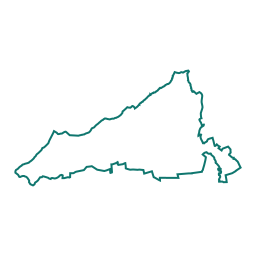 the district of Subcetate, Harghita, Romania
{"feature_id": "2599482B74327350474583", "entity_name": "Subcetate", "entity_type": "district", "adm_level": 2, "iso_a3": "ROU", "parent_name": "Romania", "parent_adm1": "Harghita", "projection": "orthographic", "projection_center": [25.394, 46.866], "detail": "fine", "context": "isolated", "style": "outline", "palette": "teal", "viewbox_px": 256, "rotation_deg": 0, "n_neighbors": 0, "source": "geoboundaries", "source_scale": "gbopen_adm2", "svg_char_len": 5775}
<svg xmlns="http://www.w3.org/2000/svg" viewBox="0 0 256 256"><path d="M219.1,181.7L222.2,181.6L222.5,181.6L223.5,182.2L226.7,182.1L226.4,179.7L225.6,175.2L232.2,173.2L235.7,171.1L235.8,170.8L240.6,167.6L239.6,165.6L238.1,162.4L237.6,161.5L236.3,160.4L235.4,159.3L233.5,158.9L233.7,157.8L233.2,157.8L232.0,157.4L229.0,154.8L229.2,154.2L230.4,153.0L230.7,152.2L230.6,151.8L230.5,151.6L230.5,149.4L228.1,146.6L222.8,148.6L222.3,149.1L221.6,150.5L218.5,148.2L219.7,146.6L218.0,145.6L216.8,144.4L216.1,145.3L215.6,145.7L215.0,146.0L214.7,145.9L214.3,144.5L213.3,140.3L213.0,139.5L212.6,137.8L210.0,138.5L208.1,139.2L207.2,140.5L207.0,141.3L206.5,141.7L205.3,142.3L204.2,143.2L204.0,142.8L203.6,142.7L202.9,143.0L202.4,141.7L201.1,139.2L200.6,137.7L200.6,137.1L200.6,136.1L200.8,135.3L201.1,134.8L200.8,134.5L198.4,135.8L198.4,135.2L199.1,132.7L199.4,130.6L200.2,128.5L201.1,127.3L203.5,125.7L203.6,125.3L203.9,124.8L203.8,124.6L202.2,125.4L202.1,125.2L201.8,125.2L201.5,124.1L201.0,122.7L200.3,121.6L199.6,120.4L199.4,119.5L199.7,119.1L200.3,118.8L201.1,118.1L201.4,118.1L201.0,116.6L200.8,113.9L200.8,113.2L201.0,112.5L202.2,108.7L202.5,107.4L202.4,106.1L201.7,102.7L201.6,101.9L201.7,100.0L202.2,96.6L202.2,95.8L202.2,95.3L201.9,94.5L201.3,93.5L200.2,92.6L199.4,92.1L196.4,93.8L193.7,91.3L193.3,91.7L193.0,91.9L192.4,91.8L192.2,91.6L192.2,91.1L191.5,90.2L191.6,89.2L191.0,88.2L191.2,87.8L190.5,85.5L190.4,85.3L190.6,85.0L190.5,84.5L190.0,83.4L188.8,82.3L188.6,81.9L188.3,80.6L188.0,80.4L188.1,80.1L188.1,79.5L187.9,77.9L187.9,77.4L187.5,75.9L187.5,75.1L187.3,73.4L188.2,72.6L188.9,71.4L188.3,70.6L185.6,71.1L183.0,72.6L181.8,72.2L181.1,72.2L179.6,73.0L178.7,73.1L176.6,72.7L174.7,72.1L173.8,74.1L173.2,75.2L172.7,75.8L172.9,76.6L172.6,77.0L172.6,77.3L172.2,78.0L172.3,78.5L172.0,78.7L172.0,79.0L171.9,79.2L171.6,80.2L171.3,80.6L171.0,80.8L170.6,81.8L169.3,83.3L168.2,84.0L167.3,84.0L166.7,84.5L165.4,85.0L165.2,85.2L165.0,85.6L164.2,86.3L163.5,86.4L163.3,86.7L162.3,87.2L161.4,87.9L160.9,88.0L160.3,87.8L160.1,87.8L159.6,88.2L159.6,88.5L159.4,88.8L159.1,88.9L158.5,89.4L158.3,89.7L158.0,90.0L157.8,90.4L156.0,91.6L155.9,91.6L155.7,91.9L155.5,92.0L155.4,92.2L155.1,92.4L154.1,92.5L153.6,92.9L153.4,92.7L153.1,93.0L152.8,93.0L151.1,94.0L150.8,94.5L150.4,94.7L150.4,95.0L150.1,95.0L150.0,94.8L149.9,95.2L149.4,95.3L149.3,95.5L149.1,95.6L149.0,95.8L147.8,96.6L147.5,97.1L146.6,98.1L145.7,98.8L144.8,99.8L144.3,100.0L143.9,100.4L143.4,100.7L142.7,101.8L142.0,101.9L141.7,102.2L141.2,102.5L141.0,102.9L140.6,103.0L140.1,103.3L139.4,104.1L139.4,104.6L139.2,104.5L137.6,106.4L136.4,107.4L134.9,108.4L134.8,107.9L133.8,106.7L132.7,106.0L132.3,106.1L131.8,106.4L131.4,106.9L130.4,107.7L128.1,107.5L127.3,107.2L125.8,108.7L124.2,110.1L123.6,110.7L122.7,111.3L122.5,111.8L122.4,112.9L120.9,114.8L119.4,116.0L118.1,116.9L117.1,117.3L116.0,117.9L115.2,117.9L113.7,118.7L113.1,118.7L112.8,118.6L111.2,118.9L109.8,119.4L107.5,119.0L105.8,118.5L105.5,118.6L104.9,118.5L104.6,118.6L104.1,119.0L103.6,119.2L103.1,119.8L101.5,120.6L100.0,122.0L99.2,122.6L98.2,123.6L96.3,125.0L95.2,126.1L94.2,127.3L91.8,128.4L91.6,128.7L90.8,130.3L89.9,131.5L88.8,132.5L85.5,133.6L84.3,134.4L83.2,134.5L82.4,134.8L81.8,134.8L80.9,135.1L80.2,135.2L78.4,135.7L69.7,135.2L66.4,132.2L65.7,131.7L65.0,131.8L64.3,132.1L63.5,132.5L62.3,133.4L61.5,133.6L60.8,133.6L58.7,134.1L57.9,134.0L56.7,132.7L54.0,131.1L53.2,133.0L49.3,140.6L48.3,143.3L45.3,146.3L43.7,147.6L42.4,148.0L41.4,150.1L38.3,153.1L37.1,154.0L36.3,154.9L35.7,156.1L34.4,157.3L33.8,158.4L31.9,160.2L30.4,161.4L29.6,161.8L28.9,162.6L27.6,163.1L24.9,163.8L23.8,164.3L22.6,164.6L22.1,165.0L21.9,165.4L19.7,166.9L18.7,167.9L17.8,168.9L16.1,169.9L15.7,170.5L15.4,171.4L15.4,172.7L18.0,174.7L18.7,175.7L19.0,176.5L19.4,176.9L20.1,177.0L21.6,176.3L22.8,176.0L24.1,176.0L24.8,176.4L25.9,176.7L26.6,177.1L27.7,178.3L29.2,180.6L29.2,181.0L29.0,182.1L29.4,182.8L30.2,183.7L30.3,184.2L33.0,185.4L33.6,185.1L34.0,184.6L34.5,184.3L35.1,182.6L36.5,181.7L37.9,180.5L40.1,177.3L41.9,177.2L42.7,176.3L43.9,176.5L46.6,177.3L48.1,177.8L49.2,178.6L50.7,179.0L51.0,178.4L51.6,178.1L52.1,178.0L54.8,178.5L56.4,178.1L57.6,177.5L58.8,176.7L59.5,175.9L59.7,175.6L60.5,175.2L61.4,174.9L62.0,175.0L62.7,175.4L62.5,178.1L64.4,178.1L67.9,177.2L69.4,177.5L70.1,177.2L70.2,173.2L73.3,173.2L74.0,172.9L75.4,172.0L76.2,171.7L83.9,170.1L86.6,166.9L90.8,166.4L91.8,166.2L97.2,169.7L104.3,171.0L106.2,170.5L109.9,169.1L110.2,171.2L110.3,172.8L110.5,172.9L111.1,172.6L111.7,172.6L112.0,172.2L111.4,164.4L112.3,164.4L115.8,163.2L117.6,162.1L117.8,162.5L117.8,164.5L118.4,164.9L122.8,164.2L124.8,163.2L125.3,163.1L125.7,166.0L125.8,168.4L127.5,169.0L130.1,169.7L133.1,169.5L137.6,169.8L139.3,169.6L143.4,170.0L144.2,173.6L151.9,171.3L153.7,177.2L154.2,177.3L159.3,180.2L160.0,180.5L159.9,177.8L178.4,177.9L177.5,174.3L188.8,173.4L191.7,173.4L191.7,173.2L201.9,171.8L202.2,170.7L202.8,170.0L203.2,168.4L204.1,165.4L205.3,160.5L205.9,157.2L202.7,154.5L203.7,153.4L204.7,152.8L205.2,152.5L206.6,152.2L207.4,153.1L208.6,153.7L209.2,153.8L210.3,153.5L210.7,153.5L210.9,153.7L211.3,154.8L213.3,156.5L214.0,157.3L214.3,157.9L214.3,158.9L215.4,160.6L215.8,161.6L215.6,162.0L215.6,162.7L215.9,163.1L216.4,163.3L217.0,164.0L218.4,165.6L219.0,166.4L219.8,168.3L220.7,168.8L220.7,169.2L220.4,169.9L220.2,170.2L219.9,170.4L219.7,170.4L219.5,170.2L219.4,170.0L219.6,169.5L219.6,169.1L219.4,168.8L219.1,168.7L218.5,168.6L218.2,168.7L218.1,169.2L218.4,170.0L219.0,170.7L219.4,170.9L219.7,170.9L220.2,170.7L220.7,170.9L221.0,171.2L221.1,171.6L221.0,172.6L220.6,173.3L220.3,173.4L219.8,173.1L219.2,173.1L219.0,173.4L218.8,173.9L218.9,174.7L219.0,175.2L220.0,175.7L220.2,176.3L220.2,177.0L219.1,179.1L219.0,179.5L219.5,180.3L219.3,180.8L219.0,181.0L219.1,181.7Z" fill="none" stroke="#0f766e" stroke-width="2"/></svg>